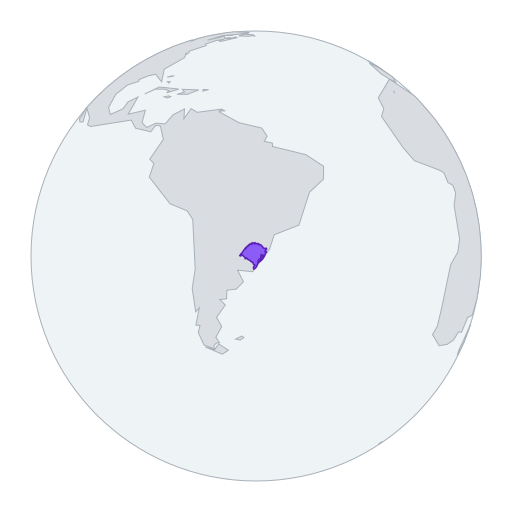 globe centered on Rio Grande do Sul
{"feature_id": "BRA-612", "entity_name": "Rio Grande do Sul", "entity_type": "State", "adm_level": 1, "iso_a3": "BRA", "parent_name": "Brazil", "parent_adm1": "", "projection": "orthographic", "projection_center": [-52.79, -30.407], "detail": "fine", "context": "on_globe", "style": "filled", "palette": "violet", "viewbox_px": 512, "rotation_deg": 0, "n_neighbors": 0, "source": "natural_earth", "source_scale": "10m", "svg_char_len": 7869}
<svg xmlns="http://www.w3.org/2000/svg" viewBox="0 0 512 512"><circle cx="256" cy="256" r="225" fill="#eef3f6" stroke="#a8b0b8"/><path d="M190.0,40.6L192.6,39.8L190.0,40.8L191.7,41.0L196.4,39.3L196.8,38.8L206.0,36.4L205.8,36.4L224.2,33.0L225.6,32.8L227.8,32.5L234.2,31.8L236.4,31.9L249.0,32.2L249.0,32.7L237.8,34.3L222.1,35.8L207.6,40.2L224.7,36.1L224.4,38.4L227.7,38.6L232.2,38.1L235.3,36.8L236.9,37.7L220.5,41.5L218.8,40.7L224.0,39.3L216.6,40.4L205.6,44.0L206.3,45.5L188.8,51.3L189.1,52.6L185.5,55.0L186.2,52.3L184.6,57.6L164.2,69.2L161.6,81.8L155.7,74.3L148.4,75.8L139.3,79.4L138.7,81.4L127.5,85.0L115.6,94.5L108.6,107.4L110.3,114.5L123.0,108.8L128.0,101.9L138.0,97.0L128.2,114.2L145.3,110.2L142.1,122.7L146.7,127.5L155.9,123.2L165.2,123.9L172.8,115.0L184.5,108.9L183.9,118.8L191.1,108.6L197.2,112.3L221.0,109.2L219.0,111.7L239.0,122.7L261.8,128.1L267.1,136.3L264.2,141.3L272.4,143.1L272.5,146.5L305.9,154.7L323.6,166.3L323.5,179.1L309.5,192.2L298.9,225.1L274.3,234.7L269.4,249.4L252.7,271.7L237.6,270.2L243.4,281.7L236.3,289.1L226.9,290.2L226.6,298.8L219.7,299.6L225.3,304.9L216.5,317.4L221.7,326.6L215.9,337.2L219.5,342.7L216.5,342.9L213.9,345.6L214.4,348.9L204.0,345.0L198.3,332.5L200.0,325.4L195.9,325.1L199.3,307.8L195.7,311.8L192.2,288.4L195.2,269.0L192.7,219.3L187.2,210.9L170.1,203.8L149.3,177.1L153.9,163.5L149.8,159.1L163.4,139.3L160.4,126.0L155.8,125.3L150.7,131.8L135.6,128.2L131.2,120.1L90.5,126.5L87.5,124.8L89.6,117.9L87.0,108.1L83.0,121.9L79.9,122.0L79.5,118.6L82.3,115.1L85.6,108.9L84.7,109.7L95.5,98.0L107.1,87.0L119.4,76.9L132.4,67.6L146.1,59.4L160.3,52.1L174.9,45.8L190.0,40.6ZM159.3,87.0L178.9,89.1L166.6,92.8L169.1,90.8L164.4,89.1L155.2,89.2L144.7,94.0L159.3,87.0ZM170.8,76.7L167.2,77.1L170.9,76.1L170.8,76.7ZM222.3,354.2L205.3,346.9L214.5,349.8L218.7,343.9L228.4,350.2L222.3,354.2ZM235.6,339.1L241.8,336.0L243.9,337.5L240.1,340.1L235.6,339.1ZM417.8,99.3L423.0,105.1L435.0,119.2L444.6,132.8L453.1,147.0L460.6,161.8L467.0,177.1L472.3,192.9L476.3,209.0L479.2,225.4L480.8,241.9L481.3,258.5L480.5,275.1L480.4,275.8L477.0,298.7L472.2,315.4L467.8,317.2L461.5,332.2L458.3,332.0L453.7,339.8L447.3,344.3L439.2,345.7L432.5,334.6L437.3,326.4L442.0,306.5L450.7,264.6L457.9,251.9L459.6,239.1L454.1,205.5L455.7,193.2L452.9,185.3L447.9,182.5L444.1,173.2L440.5,170.6L414.3,160.6L403.0,147.5L381.5,116.4L383.8,108.7L378.3,97.8L389.4,79.2L398.3,85.0L414.6,96.0L417.7,99.1L417.8,99.3ZM392.9,77.1L392.2,76.6L395.7,82.0L390.3,79.5L380.9,73.7L369.1,62.9L382.6,69.8L378.6,67.0L367.7,60.4L392.9,77.1ZM393.4,90.6L394.9,93.3L393.4,90.6ZM221.8,109.1L224.6,110.8L220.7,111.1L221.8,109.1ZM164.2,96.8L168.7,95.9L170.8,96.7L167.3,98.0L164.2,96.8ZM203.2,89.5L208.6,89.6L202.7,91.1L203.2,89.5ZM182.2,89.3L198.8,89.9L187.5,94.3L177.0,94.3L184.6,92.0L182.2,89.3ZM167.4,81.7L170.1,81.6L168.9,83.2L167.4,81.7ZM173.4,76.0L172.3,76.4L171.2,75.6L173.4,76.0ZM225.4,38.2L226.8,37.9L231.1,37.6L228.6,38.3L225.4,38.2ZM253.4,34.9L255.2,36.4L252.2,35.5L249.0,36.3L238.6,35.9L248.5,33.0L245.8,34.2L253.4,34.9ZM227.4,35.3L232.9,35.4L226.5,35.5L227.4,35.3ZM409.4,91.0L409.1,90.7L408.5,90.2L409.4,91.0ZM382.7,441.4L378.1,444.4L380.0,442.9L382.7,441.4ZM464.0,342.5L457.2,355.7L458.7,350.4L463.6,340.1L470.6,324.1L470.6,324.7L464.0,342.5Z" fill="#d9dde1" stroke="#a8b0b8" stroke-width="1"/><path d="M240.0,255.8L239.8,255.7L239.7,255.5L239.8,255.4L240.0,255.3L240.3,254.9L240.6,254.6L240.6,254.1L240.9,253.8L241.3,253.8L241.6,253.4L241.7,253.1L242.2,252.6L242.4,252.2L242.6,252.0L242.8,251.7L242.9,251.3L243.1,251.1L243.5,250.9L243.6,250.5L243.8,250.3L243.9,250.2L244.0,249.8L244.3,249.6L244.6,249.3L244.8,249.1L244.9,248.6L245.2,248.5L245.2,248.2L245.4,248.0L245.8,248.1L245.9,248.3L246.0,248.2L246.1,247.9L245.7,247.7L246.0,247.4L246.2,247.1L246.3,247.1L246.6,247.0L246.8,247.0L247.0,246.7L247.2,246.3L247.4,246.3L247.7,246.1L247.9,246.2L248.0,246.0L248.0,245.7L248.4,245.8L248.6,245.6L248.7,245.1L248.8,245.1L248.9,244.8L249.0,244.7L249.0,244.8L249.4,244.8L249.5,244.6L249.7,244.4L249.9,244.6L250.2,244.5L250.2,244.3L250.4,244.3L250.5,244.4L250.6,244.2L250.7,244.3L250.8,244.3L250.9,244.2L251.0,244.1L251.2,243.6L251.5,243.8L251.8,243.4L251.9,243.2L252.1,243.3L252.2,243.1L252.3,243.3L252.5,243.2L252.6,243.3L252.9,243.2L253.0,243.3L253.0,243.5L253.2,243.3L253.5,243.4L253.5,243.1L253.9,243.1L254.0,242.9L254.3,243.0L254.2,243.4L254.3,243.4L254.5,243.2L254.6,243.3L254.7,243.1L254.8,243.2L255.0,243.2L255.2,242.9L255.3,243.0L255.2,243.1L255.3,243.2L255.3,243.4L255.3,243.5L255.5,243.3L255.7,243.2L255.8,243.3L256.2,243.6L256.3,243.5L256.6,243.6L256.9,243.5L257.1,243.6L257.3,243.7L257.6,243.7L257.7,243.8L257.7,243.6L257.9,243.6L258.0,243.9L258.1,243.7L258.2,243.8L258.4,243.8L258.7,243.9L258.7,244.0L258.9,244.1L258.7,244.2L259.0,244.4L258.9,244.4L259.1,244.4L259.1,244.6L259.3,244.6L259.5,244.7L259.9,244.5L260.0,244.6L260.3,244.7L260.3,244.8L260.6,244.8L260.7,245.0L260.8,245.1L261.0,245.1L261.1,245.3L261.2,245.5L261.4,245.7L261.6,245.7L261.9,245.9L262.2,246.3L262.4,246.4L262.6,246.7L262.6,246.9L262.7,247.0L262.8,247.1L263.1,247.5L263.5,248.1L263.8,248.2L264.0,248.2L264.1,248.3L264.4,248.3L264.5,248.4L264.9,248.4L265.1,248.5L265.2,248.4L265.3,248.5L265.5,248.5L265.7,248.4L265.9,248.5L266.1,248.4L266.2,248.6L266.3,248.6L266.5,248.5L266.6,248.8L266.6,249.1L266.4,249.1L266.1,249.4L266.0,249.5L265.9,249.5L265.8,249.8L265.7,249.9L265.8,250.4L265.7,250.7L265.6,250.8L265.6,251.0L265.4,251.0L265.3,250.9L265.2,251.2L265.0,251.3L265.0,251.7L265.4,252.0L265.4,251.9L265.2,251.6L265.7,251.4L266.0,251.5L266.4,251.8L266.5,251.9L266.2,252.3L265.8,253.1L265.5,253.6L265.4,253.8L264.4,256.3L263.4,257.9L263.0,258.6L262.6,258.9L262.4,259.2L261.9,259.9L261.5,260.3L260.1,261.4L259.1,262.0L258.4,262.9L258.5,262.4L258.4,262.2L258.6,262.1L258.3,261.7L258.5,261.5L258.9,261.8L259.2,261.7L259.3,261.6L259.2,261.5L259.6,261.5L259.8,261.4L260.3,260.8L260.3,260.6L260.5,260.8L260.4,260.5L260.6,260.3L260.9,260.4L261.2,260.2L261.4,259.8L261.5,259.5L261.5,259.2L261.4,259.0L261.5,258.7L262.0,258.6L262.0,258.9L262.2,258.7L262.2,258.1L262.3,258.0L262.7,257.7L262.9,257.7L263.0,257.6L263.1,257.3L263.1,257.0L263.1,256.3L263.0,255.9L263.3,256.0L263.4,256.4L263.5,256.2L263.6,255.7L263.4,255.2L263.2,255.3L263.3,255.5L263.2,255.6L262.8,255.6L262.4,255.7L262.3,255.9L262.4,256.2L262.0,255.9L261.9,255.8L262.0,255.6L261.9,255.5L261.9,255.4L261.7,255.4L261.5,255.2L261.3,255.2L261.2,254.9L261.3,254.6L261.2,254.6L261.1,254.8L261.0,255.0L261.0,255.3L261.1,255.5L261.3,255.7L261.4,255.9L261.8,255.8L261.7,256.0L261.4,256.0L261.2,256.3L261.1,256.9L261.1,257.5L261.1,257.4L261.0,257.0L260.8,257.0L260.8,257.5L260.8,257.9L260.5,257.9L260.4,258.2L260.4,258.6L260.5,258.7L259.9,258.9L259.8,259.2L259.9,259.4L259.3,259.4L259.1,259.6L258.9,259.5L258.8,259.8L258.7,259.9L258.6,260.5L258.6,260.9L258.5,260.6L258.4,260.5L258.5,260.7L258.5,260.8L258.4,261.0L257.9,261.2L257.9,261.5L257.9,261.8L258.2,262.0L257.8,262.1L257.8,262.5L258.1,262.5L258.2,262.4L258.4,262.4L258.1,262.7L258.1,262.8L258.2,262.7L258.3,262.5L258.3,262.8L258.2,263.0L257.8,263.4L257.4,264.2L257.1,265.4L256.5,266.7L255.9,267.5L254.4,268.9L254.1,269.1L253.8,268.9L253.6,268.9L253.5,268.7L253.6,267.7L253.5,266.9L253.6,266.6L254.2,266.1L254.3,265.8L254.9,265.2L254.6,264.8L253.9,264.5L253.4,264.0L253.2,263.7L253.1,263.3L252.9,262.9L252.8,262.5L252.4,262.4L252.3,262.1L251.9,262.0L251.8,261.8L251.7,261.8L251.0,261.6L250.4,261.0L250.3,260.6L250.1,260.4L249.9,260.2L249.1,260.1L248.7,259.7L248.3,259.7L247.8,259.4L247.6,259.0L247.4,258.9L247.3,258.6L246.5,257.9L246.4,257.9L246.3,258.2L246.1,258.2L246.0,258.5L245.7,258.8L245.2,258.8L245.1,258.2L245.2,257.9L245.1,257.7L244.9,257.5L244.4,256.9L243.8,256.5L243.7,256.3L243.3,256.0L243.2,255.8L243.0,255.7L242.9,255.5L242.5,255.3L242.3,255.0L241.4,255.1L241.3,255.3L241.2,255.6L241.0,255.8L240.9,255.9L240.7,255.9L240.4,255.9L240.2,255.8L240.0,255.8Z" fill="#8b5cf6" stroke="#5b21b6" stroke-width="1.5"/></svg>